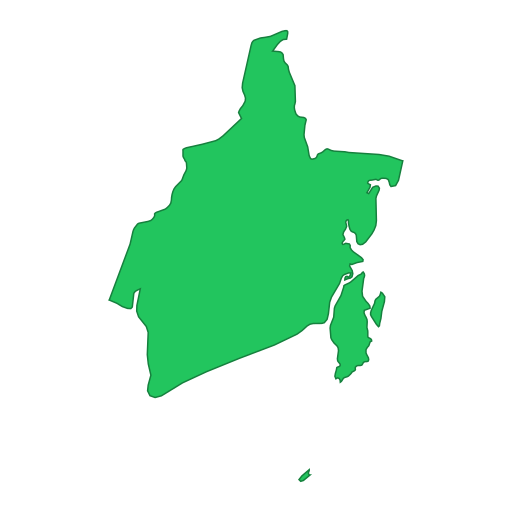 an SVG outline of Kalimantan Selatan
{"feature_id": "IDN-1234", "entity_name": "Kalimantan Selatan", "entity_type": "Province", "adm_level": 1, "iso_a3": "IDN", "parent_name": "Indonesia", "parent_adm1": "", "projection": "mercator", "projection_center": [115.815, -3.094], "detail": "fine", "context": "isolated", "style": "filled", "palette": "green", "viewbox_px": 512, "rotation_deg": 0, "n_neighbors": 0, "source": "natural_earth", "source_scale": "10m", "svg_char_len": 4935}
<svg xmlns="http://www.w3.org/2000/svg" viewBox="0 0 512 512"><path d="M402.8,160.8L398.5,180.3L395.6,185.6L391.0,186.5L389.8,184.8L389.2,182.1L388.2,179.5L386.1,178.4L382.8,178.2L381.2,178.4L380.5,178.7L379.3,179.8L378.5,180.2L377.7,180.2L377.0,179.8L376.4,179.5L375.9,179.3L371.7,180.1L370.1,180.2L368.7,180.7L367.9,181.9L367.7,183.2L368.3,183.7L370.4,184.8L370.0,187.3L366.9,192.7L368.7,193.6L372.7,187.3L375.9,186.0L378.0,186.1L379.4,188.2L379.1,190.2L376.5,195.9L375.9,198.4L376.4,220.7L375.8,225.6L374.0,230.1L371.8,233.9L365.7,241.9L362.6,244.3L360.1,244.7L358.1,243.8L356.8,241.6L356.3,235.6L356.0,234.5L355.4,233.6L354.4,232.6L352.2,231.8L351.0,231.0L349.9,229.2L349.1,226.3L348.5,223.3L348.4,220.7L348.0,219.7L347.2,219.8L346.3,220.6L345.7,222.0L345.8,222.8L346.5,225.1L346.6,226.5L345.4,229.3L343.7,231.8L342.9,234.5L344.4,237.6L344.9,239.2L343.9,240.5L342.7,241.8L342.1,243.3L342.7,244.4L343.8,244.3L345.7,243.3L349.4,244.0L350.2,245.5L350.1,247.6L351.5,250.0L353.3,251.8L361.5,257.7L363.1,259.7L362.8,261.4L356.9,262.6L351.8,264.5L350.1,263.9L349.6,266.0L352.2,270.6L352.8,273.7L352.0,276.8L350.3,278.1L347.8,278.7L344.8,279.9L345.0,278.0L345.8,276.6L347.1,276.3L348.4,277.3L349.3,276.4L350.1,275.5L350.8,273.0L348.7,272.9L344.4,274.5L342.8,275.6L341.4,278.0L339.5,283.5L331.5,297.1L329.7,302.2L328.4,313.8L327.1,319.3L324.3,322.7L321.8,323.4L313.2,323.5L310.0,324.2L307.2,325.9L302.0,330.6L297.1,334.1L274.4,345.0L239.4,358.3L206.5,371.7L182.6,382.8L161.4,395.8L155.1,397.5L150.0,395.7L147.6,390.8L148.2,385.1L150.9,375.2L148.3,364.0L147.3,354.7L148.2,332.4L146.3,326.5L138.6,316.8L136.7,311.1L136.9,305.4L140.3,288.8L137.6,290.0L135.3,291.3L133.8,293.3L132.3,307.0L130.8,308.6L127.5,308.4L122.4,306.6L116.7,303.2L109.2,300.0L109.3,299.9L130.1,244.1L133.0,231.4L133.6,229.7L134.4,228.1L137.5,224.1L138.2,223.6L139.1,223.2L148.2,221.4L150.8,220.5L151.6,219.9L152.5,219.1L153.8,217.5L154.4,216.4L154.7,215.5L154.6,213.9L155.2,213.1L156.5,212.3L165.3,209.1L166.1,208.5L167.2,207.6L169.5,205.3L170.8,203.1L171.4,200.2L171.6,197.3L172.1,194.4L172.9,191.6L174.0,189.0L175.6,186.7L181.6,180.6L182.1,179.6L183.9,174.8L186.0,170.9L186.5,169.4L186.8,168.1L186.5,163.6L186.3,162.3L185.7,161.4L185.1,160.8L184.6,159.4L183.4,157.3L183.0,156.1L183.0,151.7L183.0,150.7L182.9,149.9L183.1,149.4L184.4,148.6L186.3,147.8L202.1,144.3L209.7,142.3L215.7,140.7L218.8,139.1L223.0,135.9L241.5,118.5L238.6,112.6L239.1,111.1L240.5,108.5L242.8,105.7L245.2,101.2L245.5,98.1L244.6,95.0L243.0,91.4L242.2,87.7L242.6,83.2L251.1,45.5L251.9,42.8L252.8,41.4L254.0,40.3L260.1,38.1L261.0,37.9L264.8,37.4L270.4,36.4L282.0,31.4L285.1,30.7L286.9,30.7L287.7,31.7L287.7,33.5L286.6,39.2L283.3,39.5L281.8,40.4L280.2,41.5L277.4,44.5L272.6,51.1L278.5,51.6L280.6,52.0L282.1,53.1L283.1,54.6L283.5,58.8L283.9,60.9L284.9,62.6L287.3,65.0L288.1,66.4L288.5,69.3L289.3,72.3L294.9,85.7L295.4,101.4L294.9,103.9L294.4,105.5L294.3,107.7L294.7,110.1L295.9,113.8L297.7,115.9L299.7,117.0L303.8,117.5L305.5,118.4L306.2,119.8L304.9,125.3L304.0,134.7L304.3,137.5L307.7,146.9L308.9,154.2L309.1,155.3L309.4,156.2L310.4,158.3L311.1,158.9L312.1,159.2L315.0,158.5L316.3,157.6L317.0,156.3L317.5,154.8L318.3,153.9L321.0,152.9L322.6,152.0L325.2,149.7L326.4,149.0L327.7,148.9L331.3,150.5L334.0,151.1L345.0,151.8L348.8,152.5L379.1,154.5L389.1,156.2L402.1,160.7L402.8,160.8ZM367.8,336.9L368.6,337.7L370.6,338.7L371.4,339.6L371.7,341.0L370.1,341.9L368.8,345.7L367.3,347.4L366.0,349.6L366.0,352.9L366.7,354.6L368.4,357.8L368.7,359.7L368.2,361.1L366.9,361.6L365.5,361.6L364.3,361.8L363.1,362.9L362.5,364.1L361.8,365.1L360.3,365.5L358.4,365.5L357.2,365.7L356.3,366.2L355.4,367.2L355.2,367.9L355.4,369.6L355.0,370.3L354.2,370.9L352.3,371.9L351.9,372.2L351.5,372.9L350.5,374.1L348.4,376.1L347.2,376.7L344.6,377.5L343.4,378.3L341.4,381.4L340.3,382.2L340.1,380.1L339.2,378.5L337.6,377.8L335.9,378.8L334.9,376.2L335.4,373.3L336.3,370.3L336.8,367.6L337.3,367.2L338.5,366.8L339.7,366.2L340.3,365.0L339.9,363.8L338.3,361.8L337.7,360.9L337.4,358.7L338.5,350.7L338.1,347.7L337.0,345.9L334.1,343.1L331.8,339.8L330.9,337.8L330.1,328.1L330.5,325.3L333.7,317.2L334.4,308.2L335.2,305.8L341.0,295.5L343.7,287.2L343.9,285.7L344.8,285.0L349.1,283.0L350.6,282.1L358.2,275.5L360.3,274.5L361.5,273.8L362.3,272.5L363.2,272.0L364.3,273.7L364.6,275.4L364.3,276.9L363.7,278.4L362.0,291.2L362.6,296.3L366.0,301.3L368.0,303.4L369.8,306.0L370.1,308.2L364.3,310.3L364.0,312.8L365.0,315.5L366.0,317.2L367.0,319.6L367.2,321.8L366.9,327.5L367.7,330.6L367.8,332.0L367.8,336.9ZM380.2,294.6L380.9,292.2L382.4,293.2L384.8,296.8L384.4,301.7L381.8,311.3L380.9,318.5L379.7,323.3L379.4,325.8L378.5,326.7L376.4,324.3L371.5,316.6L370.6,314.7L370.6,312.8L371.4,310.1L374.6,303.3L375.0,300.9L375.8,299.3L379.4,296.3L380.2,294.6ZM308.4,473.0L308.5,473.6L308.9,474.4L309.4,475.0L310.0,475.0L303.4,480.5L300.7,481.3L299.0,479.6L301.9,475.9L309.2,469.7L309.2,470.6L308.6,472.2L308.4,473.0Z" fill="#22c55e" stroke="#15803d" stroke-width="1.5"/></svg>